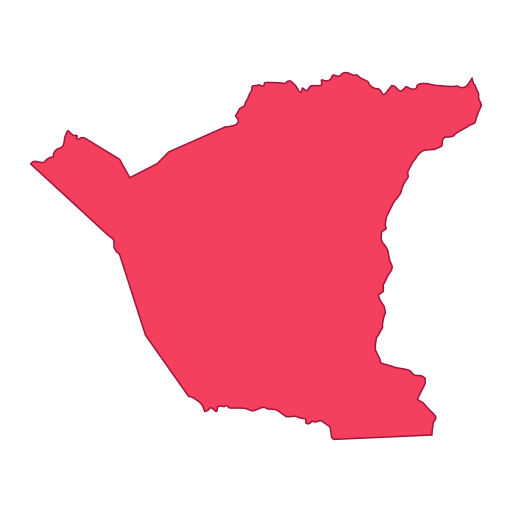 San Juan de Opoa, Copán, Honduras (Mercator projection)
{"feature_id": "27666195B15597094221722", "entity_name": "San Juan de Opoa", "entity_type": "district", "adm_level": 2, "iso_a3": "HND", "parent_name": "Honduras", "parent_adm1": "Copán", "projection": "mercator", "projection_center": [-88.695, 14.809], "detail": "fine", "context": "isolated", "style": "filled", "palette": "rose", "viewbox_px": 512, "rotation_deg": 0, "n_neighbors": 0, "source": "geoboundaries", "source_scale": "gbopen_adm2", "svg_char_len": 5915}
<svg xmlns="http://www.w3.org/2000/svg" viewBox="0 0 512 512"><path d="M431.9,435.0L432.2,430.7L433.3,422.5L433.6,421.8L434.8,420.5L435.4,419.2L435.8,417.8L435.6,416.5L434.9,415.4L433.8,414.1L428.9,409.3L422.9,402.6L422.2,402.1L419.4,400.7L417.7,399.4L417.6,399.0L417.6,398.6L418.2,397.3L420.0,394.0L421.1,391.5L424.5,385.0L424.9,383.9L425.2,382.9L425.2,381.2L425.2,379.3L425.0,378.1L424.1,377.5L422.6,376.3L421.2,375.8L420.1,375.5L415.8,375.4L414.6,375.2L412.4,373.5L411.2,371.8L410.7,371.3L409.6,370.6L408.3,370.0L405.4,369.2L396.1,367.7L391.1,366.0L382.7,363.6L381.4,363.1L380.9,362.7L380.6,362.2L380.2,360.5L379.5,358.3L376.8,352.9L375.6,350.3L375.4,348.5L375.3,345.1L375.9,341.7L376.2,338.7L376.6,337.6L379.2,333.7L381.5,329.2L382.5,327.8L382.6,326.2L382.5,323.8L382.6,323.0L383.9,316.7L385.0,314.1L385.4,313.0L384.6,307.8L384.3,306.7L383.8,305.9L381.1,301.8L379.9,299.7L378.9,297.1L378.5,295.6L378.5,295.2L379.1,294.5L383.2,291.5L383.4,289.5L383.4,287.0L383.2,285.6L383.3,284.9L383.8,283.8L384.7,282.4L388.1,275.1L390.1,272.3L391.3,270.3L391.9,268.7L392.2,267.2L392.2,266.5L391.9,265.6L390.3,261.8L389.8,260.5L388.7,255.4L388.1,252.1L387.6,250.3L386.7,248.3L385.2,245.8L383.9,244.1L382.6,242.9L381.7,240.6L381.3,239.2L381.2,238.1L381.4,233.5L381.7,232.3L382.2,231.4L383.8,230.3L385.5,229.4L386.0,228.9L386.1,228.3L385.3,224.9L385.3,223.8L386.3,217.8L387.0,215.8L389.0,211.7L393.7,202.3L395.4,199.9L397.2,198.2L400.7,193.0L402.0,188.2L402.7,186.4L405.8,180.3L407.3,178.7L408.1,177.2L408.2,176.3L407.7,171.8L412.2,163.1L413.7,160.9L415.7,158.6L416.5,156.8L417.2,155.9L420.3,152.6L422.1,151.3L423.5,150.5L424.4,150.3L428.5,149.8L434.2,149.5L440.5,146.8L441.5,146.1L442.1,145.4L442.3,141.2L442.5,140.4L443.4,138.6L444.7,137.3L445.3,137.1L449.4,137.0L451.6,136.6L453.3,136.1L453.8,135.7L454.6,134.7L455.7,133.7L457.8,132.2L467.0,127.0L469.2,125.5L470.6,124.8L473.5,123.7L474.5,123.0L475.0,122.4L475.7,120.7L476.3,117.9L478.6,111.7L479.4,109.7L480.3,108.0L481.0,106.3L481.3,105.5L481.3,104.8L480.8,103.1L478.8,99.2L478.6,96.1L478.7,94.1L478.5,93.3L477.4,91.2L474.9,85.1L473.5,83.4L472.0,78.3L468.5,83.7L466.5,86.0L465.7,86.8L464.5,87.0L463.0,87.6L462.3,87.7L461.2,87.4L460.1,87.4L457.9,86.2L457.3,86.0L452.5,86.5L446.7,86.3L441.4,85.7L436.1,85.5L427.5,83.7L423.1,83.4L419.8,83.9L418.1,84.7L417.4,85.1L417.1,85.6L416.9,86.1L416.9,87.0L416.6,87.7L415.7,88.5L414.8,88.9L413.1,89.3L412.2,89.2L410.7,88.6L408.8,88.0L407.2,86.9L406.2,86.8L405.6,87.0L403.6,89.1L402.0,90.6L401.1,91.0L400.4,91.2L399.6,91.0L398.3,90.0L396.7,88.4L395.7,87.2L395.0,86.5L393.5,85.9L391.8,85.6L391.4,85.9L390.7,86.9L387.4,90.9L385.5,93.5L384.7,94.2L383.8,94.6L383.2,94.5L382.5,93.9L380.7,90.9L380.0,89.9L379.2,89.2L377.8,88.6L375.9,88.6L375.0,88.4L373.7,87.9L372.6,87.3L370.7,85.9L369.7,84.8L368.9,83.8L368.4,82.4L367.5,81.4L366.0,80.6L360.6,78.0L359.4,77.1L358.2,76.0L357.2,75.2L356.0,74.9L354.1,75.2L353.2,75.1L351.5,74.5L348.5,73.0L346.8,72.6L344.8,72.6L343.2,73.0L342.4,73.5L339.9,75.8L339.0,76.1L338.0,76.2L337.1,76.1L334.2,75.1L333.2,75.1L332.7,75.3L332.3,75.7L330.8,79.1L329.8,79.9L328.3,80.5L326.9,80.8L325.7,80.9L324.8,80.7L323.0,80.1L322.0,79.9L321.6,80.0L321.4,80.2L321.3,80.6L321.9,83.9L321.8,84.5L321.5,84.9L320.7,85.3L319.0,85.7L313.3,85.6L311.1,85.8L309.9,86.7L307.5,90.0L306.6,90.7L306.2,90.7L305.7,90.4L304.7,89.8L303.3,88.5L302.4,88.1L302.2,88.5L301.6,91.4L301.3,91.9L300.8,92.2L299.9,91.9L298.8,90.9L298.4,90.3L297.8,88.9L294.8,84.7L293.2,83.3L291.5,81.6L290.4,81.0L289.1,80.9L287.9,81.2L286.4,82.1L285.7,83.1L284.8,83.4L282.9,83.3L281.1,82.9L274.6,82.6L268.0,82.4L265.5,82.6L264.9,82.8L264.6,83.1L264.2,83.9L264.0,85.3L263.7,85.7L263.2,86.1L261.2,85.7L260.0,85.1L258.9,84.9L258.3,84.9L257.0,85.4L252.8,85.9L252.4,86.1L251.8,87.5L251.8,88.1L252.0,89.2L251.8,89.9L251.1,91.5L250.0,93.3L248.4,96.6L247.8,98.6L245.7,101.8L245.2,103.8L244.7,105.1L243.8,106.2L239.5,108.7L238.6,110.8L235.8,115.3L235.6,116.0L235.8,116.6L236.8,117.8L238.1,119.0L238.4,120.2L238.3,121.3L237.8,122.4L237.1,123.6L236.3,124.4L235.2,125.0L233.7,125.5L230.8,126.1L228.0,126.8L227.1,126.9L225.7,126.7L168.7,152.0L157.4,163.5L129.8,177.7L119.6,159.3L85.2,138.3L83.6,137.7L82.2,137.6L80.6,137.9L78.6,139.0L77.6,139.0L76.6,138.7L76.3,138.4L76.2,137.9L76.4,137.5L76.9,137.1L77.2,136.7L77.2,136.2L76.9,135.7L76.4,135.4L75.9,135.2L74.3,135.5L73.2,135.3L71.0,133.5L68.6,131.1L68.1,130.7L67.7,130.9L66.8,132.3L65.2,136.2L64.6,138.2L64.1,142.4L63.6,144.2L63.2,145.2L62.3,146.5L61.2,147.4L60.1,148.0L57.3,149.0L56.3,149.7L55.2,150.8L54.4,151.9L53.7,153.6L53.4,155.0L53.5,156.7L50.8,157.3L48.6,158.2L46.3,159.8L44.5,161.9L43.7,162.4L42.8,162.5L41.3,162.5L39.5,162.0L38.3,162.0L36.2,161.4L35.0,161.3L33.7,161.6L32.5,162.1L31.4,163.0L30.9,163.8L30.7,164.0L107.6,234.8L112.2,238.3L113.8,240.2L114.1,247.7L115.3,249.9L116.8,252.1L119.5,254.2L145.5,335.2L188.6,396.4L191.3,396.9L193.3,397.8L199.1,401.7L201.9,404.7L203.0,406.8L204.7,411.4L206.7,410.9L208.3,410.0L210.2,407.9L211.6,407.8L215.3,411.0L216.2,411.4L216.9,411.0L217.3,409.8L217.2,408.4L218.1,406.6L218.4,406.4L219.3,406.1L220.4,406.1L222.3,406.3L223.9,406.7L224.4,406.5L225.1,405.8L225.9,405.7L226.7,405.8L227.4,406.1L228.3,406.8L229.0,407.7L229.8,408.0L231.5,408.1L236.1,408.0L244.4,408.2L246.9,408.9L252.1,410.9L253.3,410.8L255.0,410.3L260.6,408.0L262.0,407.6L263.5,407.3L264.3,407.4L268.5,409.2L270.5,409.1L274.0,409.5L275.7,409.7L276.9,410.1L278.4,411.0L286.0,416.6L287.6,416.7L290.4,416.7L291.9,416.6L293.9,416.2L295.4,416.3L296.9,416.6L298.9,417.6L300.3,418.0L302.7,418.5L304.5,418.6L305.2,418.7L305.6,419.0L305.8,419.6L305.8,421.9L305.9,422.8L306.5,423.4L307.3,423.7L308.4,423.8L309.0,423.7L310.5,422.7L311.8,421.5L312.4,421.2L312.9,421.3L313.9,421.9L314.5,422.0L315.6,421.9L319.9,420.8L320.9,420.8L321.7,421.0L327.0,424.8L329.0,426.3L329.9,427.5L330.3,428.1L330.4,428.9L331.2,434.2L331.5,436.9L331.7,437.5L332.4,438.4L333.7,439.4L431.9,435.0Z" fill="#f43f5e" stroke="#9f1239" stroke-width="1.5"/></svg>